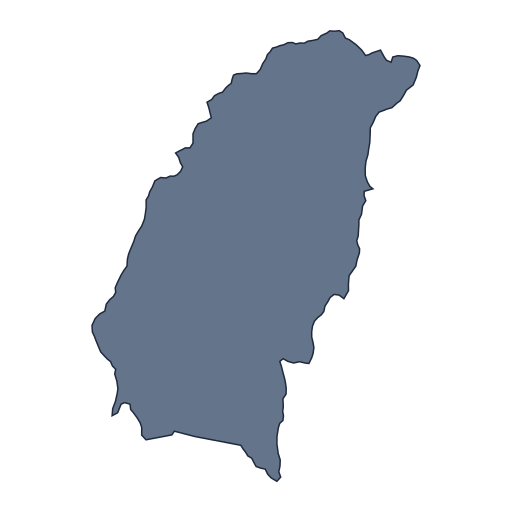 Avaí, São Paulo, Brazil
{"feature_id": "56859067B54783802415701", "entity_name": "Avaí", "entity_type": "district", "adm_level": 2, "iso_a3": "BRA", "parent_name": "Brazil", "parent_adm1": "São Paulo", "projection": "equal_earth", "projection_center": [-49.307, -22.194], "detail": "fine", "context": "isolated", "style": "filled", "palette": "slate", "viewbox_px": 512, "rotation_deg": 0, "n_neighbors": 0, "source": "geoboundaries", "source_scale": "gbopen_adm2", "svg_char_len": 2907}
<svg xmlns="http://www.w3.org/2000/svg" viewBox="0 0 512 512"><path d="M420.0,65.6L416.7,60.5L413.6,58.3L409.5,57.0L404.2,56.2L397.9,55.7L392.8,57.0L391.1,62.2L386.5,60.3L384.3,57.1L380.5,50.1L375.7,51.7L371.9,53.0L369.0,54.6L365.6,55.5L361.7,50.1L356.0,44.6L349.3,39.7L345.4,38.1L342.8,33.0L339.4,30.7L334.5,31.2L329.7,30.9L326.9,33.0L321.2,35.6L317.8,39.3L313.0,40.4L307.8,41.2L304.3,43.2L300.0,43.0L295.8,43.9L292.3,42.5L287.9,42.7L283.7,44.8L280.0,45.6L276.4,47.1L272.5,48.1L270.1,51.8L267.4,54.6L265.9,58.9L262.8,63.5L260.2,69.5L256.4,73.7L251.7,73.7L246.2,73.0L241.4,73.5L236.8,73.8L233.5,75.1L232.1,79.3L231.2,83.4L228.3,85.5L225.7,88.0L222.5,92.2L218.7,93.4L214.5,95.7L211.6,99.6L207.0,102.2L208.8,107.7L211.3,117.9L206.1,121.3L202.4,122.3L198.2,123.7L195.2,128.5L193.0,133.8L193.0,143.1L189.9,147.9L185.2,147.9L182.3,149.5L179.2,151.0L175.6,153.0L178.7,157.4L180.4,162.8L182.7,166.8L180.7,171.2L177.0,174.9L173.9,176.2L170.1,176.1L166.0,178.0L160.6,177.5L154.9,180.8L152.3,187.2L149.8,191.6L148.5,196.0L146.1,199.9L146.2,207.1L145.4,213.3L144.4,219.3L141.7,226.1L138.2,231.4L135.6,235.8L133.7,241.7L130.6,249.0L128.6,254.0L127.4,259.3L127.0,266.1L123.8,270.5L121.0,275.2L117.4,282.6L115.2,287.8L115.7,292.4L113.4,296.5L109.7,299.7L106.3,304.1L104.8,311.1L99.7,313.9L95.2,318.5L92.0,325.4L92.4,332.1L94.5,336.5L95.9,340.4L98.3,346.2L100.7,351.9L104.1,355.6L107.6,359.3L110.5,361.5L112.5,366.1L115.7,369.3L114.7,373.9L116.9,381.3L117.9,388.8L117.2,393.5L115.4,401.5L112.7,408.6L112.1,415.7L117.6,412.8L121.1,404.2L124.7,402.6L130.0,404.2L130.7,409.5L133.5,412.8L137.0,417.6L140.1,422.7L141.7,427.3L141.7,435.1L146.0,439.8L171.9,434.9L174.3,431.2L194.8,436.5L240.8,445.3L243.1,449.0L245.6,452.2L247.8,455.9L251.7,458.2L253.7,462.1L256.1,466.5L260.6,468.1L265.2,469.1L267.8,474.4L271.4,478.1L276.9,481.3L280.7,477.1L278.8,471.8L280.0,465.9L280.2,459.9L278.2,453.4L276.9,443.9L277.0,436.1L278.4,427.7L279.7,423.4L282.9,420.5L283.5,415.9L282.7,411.6L283.3,406.7L282.9,398.8L286.1,394.0L286.2,388.0L285.5,383.2L284.7,379.0L283.1,373.0L281.4,366.3L279.8,361.4L283.1,358.7L287.9,361.4L293.7,363.0L299.6,361.7L305.0,363.0L308.9,363.5L311.7,357.8L313.1,353.4L313.9,347.5L312.9,342.0L311.7,336.9L311.7,331.7L312.5,326.1L314.5,321.1L317.6,317.7L321.3,314.8L323.8,311.5L325.0,306.0L327.7,301.9L330.1,297.5L334.1,294.4L339.1,295.1L343.9,298.7L348.5,290.7L348.4,284.2L349.1,275.7L355.8,266.2L357.1,259.8L359.4,252.9L359.6,248.7L357.9,245.2L356.7,240.8L358.2,236.0L358.6,228.9L358.9,224.5L358.9,219.9L361.5,214.3L362.6,206.0L365.8,200.6L364.0,195.6L364.3,191.3L372.9,188.8L370.0,186.5L367.4,182.0L365.3,175.7L365.2,167.8L366.0,161.1L367.9,154.8L368.6,149.5L369.8,142.4L370.2,133.0L370.3,127.8L373.3,122.2L375.8,116.3L379.1,112.1L383.5,110.5L386.9,109.1L391.9,107.7L396.9,103.1L400.2,100.8L403.8,95.0L406.4,90.2L413.1,85.0L416.3,77.4L417.9,70.9L420.0,65.6Z" fill="#64748b" stroke="#1e293b" stroke-width="1.5"/></svg>